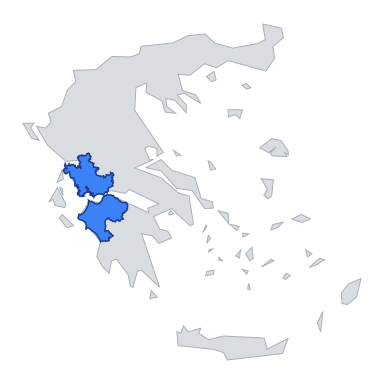 Dytikis Elladas, Dytiki Ellada, Greece shown in context
{"feature_id": "26713481B45081925310995", "entity_name": "Dytikis Elladas", "entity_type": "district", "adm_level": 2, "iso_a3": "GRC", "parent_name": "Greece", "parent_adm1": "Dytiki Ellada", "projection": "albers", "projection_center": [21.426, 38.276], "detail": "fine", "context": "in_parent", "style": "filled", "palette": "blue", "viewbox_px": 384, "rotation_deg": 0, "n_neighbors": 0, "source": "geoboundaries", "source_scale": "gbopen_adm2", "svg_char_len": 9413}
<svg xmlns="http://www.w3.org/2000/svg" viewBox="0 0 384 384"><path d="M262.7,24.0L281.3,28.1L283.4,37.8L272.9,46.4L274.5,58.3L265.9,71.0L227.9,60.6L216.5,67.8L204.5,63.7L190.1,75.2L178.1,74.4L182.5,90.5L195.6,94.6L200.8,103.4L184.3,93.4L177.3,95.0L186.7,105.4L186.1,112.8L175.1,100.3L166.0,98.6L166.5,105.9L175.8,113.4L165.2,112.1L161.8,101.0L146.0,92.2L146.8,82.8L135.9,87.6L134.7,110.3L163.4,152.4L156.9,156.2L157.0,148.4L147.8,146.2L144.7,148.6L146.5,152.9L149.7,159.8L153.6,159.4L134.6,168.1L161.1,177.8L178.1,192.7L189.1,196.2L193.4,224.1L190.1,225.8L171.4,208.6L153.4,216.6L159.9,229.3L167.7,231.1L171.5,237.9L158.8,243.4L152.9,236.2L141.5,233.4L159.5,287.2L141.7,270.4L137.4,271.2L132.9,287.6L130.4,286.2L128.3,275.1L116.4,259.1L111.5,261.0L109.1,273.5L103.0,267.3L96.8,256.6L100.5,241.4L78.9,216.5L89.8,201.5L99.6,202.5L106.1,194.9L111.1,195.3L148.8,212.8L147.7,208.2L158.9,203.9L129.1,189.3L125.2,193.4L111.5,190.7L92.4,195.3L86.9,187.1L85.9,192.7L81.2,194.1L65.3,167.9L78.5,166.9L78.8,160.3L65.8,161.3L47.6,145.4L36.5,126.3L45.8,128.0L51.0,121.9L48.4,113.2L61.6,106.5L67.3,90.3L75.8,81.6L73.3,70.4L96.2,69.5L111.8,56.5L130.4,57.0L139.0,53.9L141.1,46.3L172.6,43.0L188.0,35.7L205.1,33.9L214.9,43.2L232.8,48.1L257.6,43.6L265.3,39.6L262.7,24.0ZM188.2,331.6L200.8,328.3L198.6,333.3L208.7,339.7L223.4,336.0L264.2,338.1L267.2,349.1L288.0,338.5L282.6,353.5L227.4,360.0L223.5,352.5L213.4,349.4L178.1,345.6L176.9,331.9L181.0,332.8L183.4,325.8L188.2,331.6ZM160.9,159.5L171.4,170.1L194.8,177.6L201.2,198.6L212.5,201.8L213.3,208.1L204.7,208.5L191.8,190.5L176.7,188.3L160.9,170.9L146.2,167.7L160.9,159.5ZM281.0,140.4L288.0,150.9L288.4,154.7L284.7,152.8L287.1,156.6L272.2,155.9L270.1,153.2L276.1,147.2L268.7,152.6L259.7,147.9L271.5,138.7L281.0,140.4ZM347.3,304.5L342.1,303.5L341.4,292.9L348.7,283.8L361.0,278.6L356.6,297.1L347.3,304.5ZM271.7,195.8L268.1,198.8L263.8,195.0L267.4,189.4L261.2,178.7L273.4,179.8L271.7,195.8ZM57.3,187.6L65.9,204.1L64.8,207.6L55.5,205.7L52.8,199.4L48.9,202.1L57.3,187.6ZM39.2,140.0L31.8,138.5L23.0,123.3L33.7,123.1L30.6,128.3L39.2,140.0ZM242.5,109.9L239.8,118.7L235.5,114.6L228.5,117.0L228.1,109.7L242.5,109.9ZM301.2,214.4L310.4,218.9L302.4,222.5L291.9,219.2L301.2,214.4ZM216.2,79.8L211.5,81.7L206.5,76.5L213.9,71.4L216.2,79.8ZM62.0,214.5L73.7,225.6L66.9,227.7L59.2,218.2L62.0,214.5ZM253.2,258.6L249.8,260.6L245.7,253.8L251.9,247.3L253.2,258.6ZM228.2,213.3L228.8,223.7L218.1,210.8L228.2,213.3ZM322.8,311.5L320.7,332.0L317.4,322.9L322.8,311.5ZM63.2,179.5L57.0,182.2L62.5,169.4L63.2,179.5ZM157.2,297.2L149.8,298.6L151.3,290.5L157.2,297.2ZM309.2,267.5L319.2,258.4L324.7,259.5L317.0,264.5L309.2,267.5ZM270.9,229.9L272.8,224.6L283.1,222.1L277.6,227.7L270.9,229.9ZM240.6,250.1L239.5,258.0L235.7,256.0L240.6,250.1ZM239.2,226.4L236.7,230.7L230.2,224.4L239.2,226.4ZM215.6,169.0L210.5,170.2L208.1,160.8L211.2,162.6L215.6,169.0ZM250.8,87.7L246.6,89.1L241.8,85.3L246.2,83.4L250.8,87.7ZM213.7,270.2L213.6,274.1L205.6,275.8L206.7,271.4L213.7,270.2ZM273.8,260.8L261.4,267.0L271.2,259.2L273.8,260.8ZM206.9,226.6L202.8,232.7L206.0,225.0L206.9,226.6ZM248.8,233.9L242.9,237.0L242.9,233.2L248.8,233.9ZM290.3,275.6L285.4,279.5L282.8,277.9L286.5,273.2L290.3,275.6ZM312.0,253.8L307.4,256.8L305.8,249.9L312.0,253.8ZM210.5,238.4L206.6,243.2L208.4,235.2L210.5,238.4ZM62.6,188.8L62.8,195.3L59.6,187.3L62.6,188.8ZM248.2,271.1L246.7,274.1L242.3,269.4L248.2,271.1ZM180.8,155.0L176.5,156.0L173.6,150.5L180.8,155.0ZM173.4,213.9L170.1,215.1L168.3,213.7L170.7,210.7L173.4,213.9ZM212.7,249.0L208.7,252.1L209.3,249.4L212.7,249.0ZM248.8,283.2L250.2,289.7L247.6,288.9L248.8,283.2ZM222.4,260.7L218.9,260.3L219.0,257.2L222.4,260.7Z" fill="#d9dde1" stroke="#a8b0b8" stroke-width="1"/><path d="M127.6,204.5L127.1,203.6L126.6,203.6L125.9,202.3L125.3,202.5L124.4,202.4L123.4,202.6L121.2,202.1L120.7,201.2L120.2,201.0L119.7,201.2L118.7,200.3L118.6,199.7L118.0,198.8L117.2,198.1L115.9,198.5L115.5,197.7L113.9,197.0L113.9,196.4L113.5,195.7L112.4,195.7L110.8,194.9L108.6,195.1L107.2,194.4L106.1,195.5L105.8,195.4L104.3,196.0L103.5,197.1L103.0,197.3L102.7,197.8L102.6,198.8L102.2,199.1L102.0,200.5L100.5,202.1L100.2,202.8L97.6,204.1L95.2,203.4L94.7,203.5L91.6,201.3L91.0,201.4L90.5,201.8L90.0,201.8L89.2,200.6L88.8,200.7L88.5,200.4L88.6,201.4L88.2,202.9L88.4,204.2L88.3,205.2L87.9,206.0L87.4,206.2L87.0,207.7L85.9,209.8L84.0,212.5L81.7,214.4L80.4,214.8L79.9,214.5L79.6,214.1L79.0,214.3L78.2,217.2L78.2,218.7L78.6,219.1L83.2,220.7L85.1,222.1L85.8,223.1L86.0,224.7L86.5,225.8L85.9,227.4L86.1,227.8L85.9,228.8L86.0,229.2L86.2,229.3L86.3,229.1L86.4,228.2L86.8,227.9L88.7,228.1L90.0,228.9L91.4,230.3L94.8,232.6L96.2,234.1L98.1,236.6L99.5,239.2L100.6,241.9L101.8,241.0L103.3,241.1L104.8,240.9L105.6,241.2L106.1,240.9L107.2,241.2L108.3,240.7L109.1,240.7L109.2,240.2L108.9,239.9L108.8,238.8L108.6,238.7L108.7,238.1L109.0,238.5L109.2,238.4L109.7,237.3L110.2,237.5L110.1,237.2L110.8,236.8L111.8,236.6L113.1,235.9L112.9,235.4L111.7,234.6L111.1,233.6L109.9,233.1L109.7,233.2L109.7,232.8L109.2,232.5L109.2,232.0L108.9,231.9L108.8,231.4L108.3,230.7L106.6,230.7L105.5,231.6L105.1,231.6L104.9,230.4L105.1,229.8L105.0,229.3L105.7,226.4L105.6,225.4L105.1,224.0L105.0,221.6L105.7,220.0L106.8,219.2L107.3,218.5L108.7,217.8L108.9,218.2L108.8,218.9L109.2,219.4L110.2,219.8L110.2,220.0L110.5,220.3L111.0,219.9L111.9,220.4L112.3,221.2L113.2,221.0L113.4,221.4L114.6,221.5L115.1,221.9L116.0,220.6L116.8,220.2L117.1,219.8L118.1,219.8L118.0,220.2L118.5,220.9L118.9,220.7L119.9,221.2L120.8,219.6L121.5,219.3L121.9,219.4L122.2,219.0L123.3,219.0L122.6,217.7L121.5,216.6L122.6,215.5L122.4,213.3L123.4,213.3L123.9,212.9L124.3,212.8L124.8,212.3L124.7,211.7L125.1,211.5L125.6,211.7L126.2,210.7L127.0,210.1L126.9,209.2L127.4,208.8L127.4,207.5L127.6,207.1L127.6,206.0L127.4,204.9L127.6,204.5ZM78.4,159.5L78.8,159.8L80.5,162.7L80.2,162.9L79.7,163.8L79.6,165.6L79.9,166.0L80.6,166.4L81.0,167.9L80.9,168.3L80.5,168.4L80.0,167.1L79.4,167.0L78.0,166.0L77.7,166.5L77.8,167.8L77.3,168.1L77.4,168.5L76.8,167.8L75.0,166.8L75.0,166.4L75.4,166.2L75.2,165.4L74.1,165.5L73.5,164.5L73.2,164.4L72.1,165.1L71.2,164.4L70.5,165.6L68.9,165.8L69.7,165.4L69.3,165.0L69.0,163.8L68.1,165.6L66.9,165.7L66.1,165.5L65.2,163.8L65.0,165.0L64.5,165.5L65.1,166.8L65.9,167.9L66.1,168.1L66.0,167.7L66.6,168.2L65.1,168.5L64.1,169.1L63.9,169.5L64.1,169.4L64.3,169.8L63.8,170.8L63.8,171.8L64.6,172.1L65.1,173.5L65.8,173.8L66.2,173.3L66.6,173.2L66.8,173.4L68.4,171.8L69.3,171.9L69.6,172.4L69.8,174.1L70.1,174.8L70.1,176.1L71.0,177.9L71.2,178.0L71.6,177.7L72.1,178.1L72.9,177.9L73.8,178.1L73.8,179.5L75.1,181.3L74.7,184.7L75.1,186.0L75.9,186.3L77.1,184.9L77.4,184.7L77.9,184.9L77.5,186.7L78.0,187.1L77.2,187.0L77.1,187.3L77.6,187.5L77.4,187.8L78.1,187.4L78.1,187.8L77.7,188.1L78.5,188.9L78.4,189.5L78.8,190.1L78.5,190.2L78.5,190.4L80.0,190.7L80.1,190.9L79.8,190.9L78.9,190.6L78.9,191.2L79.1,191.4L79.0,192.1L78.5,192.5L78.6,192.8L78.2,192.9L78.1,192.1L77.9,192.2L77.6,193.0L78.0,192.9L78.3,193.4L78.1,193.9L77.8,194.0L77.9,194.7L78.4,194.4L79.1,194.5L79.4,194.7L79.3,195.3L80.3,195.9L80.1,196.3L79.7,196.1L79.6,195.8L79.7,196.2L80.3,196.4L80.8,196.4L81.9,196.1L83.3,196.4L83.8,196.2L82.3,195.7L82.6,195.2L82.9,195.1L83.0,195.4L83.2,194.9L84.4,194.4L84.5,193.9L84.2,193.5L84.5,193.3L85.3,193.4L85.5,192.7L86.7,192.2L87.4,192.2L87.1,192.0L87.3,190.0L88.0,189.6L87.4,189.5L87.1,188.7L86.5,188.3L85.8,187.5L85.8,187.0L86.5,186.5L88.0,188.4L88.3,190.0L88.1,190.7L88.4,191.5L89.5,192.1L90.1,191.7L90.5,192.3L90.4,193.0L90.1,193.3L90.1,195.0L90.5,193.2L90.9,193.0L92.4,193.0L92.0,193.2L92.2,193.8L93.0,193.6L92.6,194.3L93.0,195.0L93.0,196.4L93.8,196.3L93.9,196.7L94.0,196.4L94.2,196.6L94.7,195.7L96.5,194.9L96.9,194.2L97.9,194.3L98.7,193.6L100.5,194.1L101.3,193.9L102.5,194.6L103.8,195.0L104.2,193.4L104.8,192.6L105.5,192.4L106.3,191.8L107.0,192.2L107.1,192.7L107.7,191.5L108.1,191.2L108.3,190.6L108.2,189.5L108.4,189.2L108.2,188.2L108.5,188.2L108.7,187.7L109.7,187.5L110.3,186.9L111.6,186.6L112.2,186.1L112.8,186.0L112.9,185.7L112.4,184.8L112.6,183.7L112.9,183.5L113.0,182.8L113.4,182.1L112.2,181.4L111.5,181.4L111.5,181.1L111.9,180.5L112.9,180.2L112.8,179.6L112.2,179.2L112.3,178.4L112.1,178.0L112.7,177.5L112.1,176.9L112.6,176.7L112.4,176.0L113.7,175.2L113.6,174.6L112.5,172.9L111.6,173.1L110.6,172.4L110.6,174.4L108.8,175.4L107.9,174.7L107.2,175.0L106.2,174.7L106.1,176.1L105.8,176.4L105.8,176.8L105.3,177.4L105.1,177.2L104.3,177.5L104.1,177.8L103.8,177.8L103.8,177.4L104.0,177.1L103.8,176.8L104.0,176.4L103.6,175.8L102.3,176.3L100.6,176.5L100.5,176.1L99.9,175.8L98.9,175.9L96.2,174.8L96.2,174.0L95.9,173.4L95.9,172.5L95.3,171.5L95.8,171.4L96.2,170.8L96.0,170.1L96.3,169.3L98.1,169.2L98.1,169.6L98.7,168.7L98.8,168.2L98.5,167.9L98.2,168.1L97.7,167.6L96.3,167.3L95.8,167.5L95.5,167.2L93.8,167.3L93.8,166.9L93.4,166.6L93.5,166.3L93.2,164.7L93.5,164.6L93.5,164.0L93.9,163.5L93.1,163.3L92.1,162.5L91.6,162.6L90.7,162.2L90.4,161.6L89.7,161.2L89.4,161.4L88.7,160.9L88.8,160.2L89.3,159.6L89.4,159.3L90.4,159.2L90.1,158.8L90.2,158.7L90.1,158.0L90.5,157.8L91.0,156.6L90.4,156.4L89.5,155.0L89.5,153.7L88.9,153.5L88.6,153.2L86.7,153.9L86.7,154.6L84.7,156.0L83.3,155.3L82.8,155.3L82.3,155.7L82.0,155.7L81.6,155.1L81.4,155.1L81.1,155.6L80.5,155.4L78.8,155.8L77.9,156.8L78.5,157.5L77.6,157.8L78.4,159.5ZM93.0,195.0L92.5,194.4L92.4,194.3L92.7,194.7L92.9,195.8L92.8,196.0L91.4,194.8L90.8,195.0L90.8,194.8L90.4,194.7L90.3,195.0L91.5,195.3L92.8,196.3L93.0,196.3L93.0,195.0Z" fill="#3b82f6" stroke="#1e3a8a" stroke-width="1.5"/></svg>